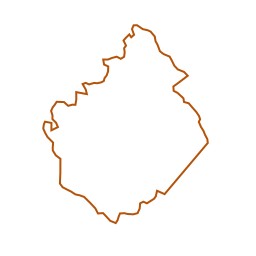 the district of São José das Palmeiras, Paraná, Brazil, rotated 131°
{"feature_id": "56859067B12185724894404", "entity_name": "São José das Palmeiras", "entity_type": "district", "adm_level": 2, "iso_a3": "BRA", "parent_name": "Brazil", "parent_adm1": "Paraná", "projection": "natural_earth1", "projection_center": [-54.124, -24.817], "detail": "fine", "context": "isolated", "style": "outline", "palette": "amber", "viewbox_px": 256, "rotation_deg": 131, "n_neighbors": 0, "source": "geoboundaries", "source_scale": "gbopen_adm2", "svg_char_len": 1523}
<svg xmlns="http://www.w3.org/2000/svg" viewBox="0 0 256 256"><g transform="rotate(131 128 128)"><path d="M184.0,191.6L186.1,187.1L187.6,182.9L188.2,174.9L192.1,172.0L194.3,170.0L196.0,164.5L195.6,158.8L206.5,149.4L214.6,142.9L215.6,138.5L214.5,133.8L213.3,129.2L212.6,124.1L210.4,120.1L208.8,115.9L209.3,107.7L210.1,99.9L212.2,94.6L208.6,91.0L209.1,85.7L209.7,80.5L207.8,74.9L204.3,75.4L201.0,76.9L197.8,78.0L194.7,74.9L193.1,71.8L189.7,67.4L186.0,64.9L181.2,66.3L176.9,69.4L173.6,68.1L172.4,64.3L164.3,61.9L161.3,62.2L156.3,64.9L153.9,57.0L86.9,58.0L84.3,60.9L82.5,65.6L80.7,69.0L79.3,73.7L76.9,78.6L74.1,79.3L72.4,82.2L71.1,86.9L70.3,93.0L69.5,98.4L71.6,102.8L69.2,105.7L69.0,113.7L70.0,117.9L66.9,121.0L62.3,119.9L49.4,117.2L48.9,122.5L51.1,128.8L50.6,133.9L48.5,138.8L46.8,143.4L48.9,149.8L49.1,154.3L45.9,160.1L44.4,164.2L41.4,167.8L40.4,174.2L41.4,177.5L43.7,181.7L44.5,188.6L46.8,191.1L50.7,189.9L53.7,184.6L57.4,185.1L56.5,188.4L61.5,188.8L64.9,188.8L67.2,183.5L70.3,183.3L73.1,180.1L76.8,177.7L80.5,178.8L81.6,183.3L85.4,185.9L89.4,188.0L92.6,191.6L95.8,187.7L94.5,183.3L98.3,180.2L102.4,178.6L105.8,178.4L108.4,177.1L111.2,178.2L114.4,180.6L116.4,183.3L120.6,185.9L121.7,189.5L124.6,191.1L126.7,185.1L129.4,181.3L133.2,187.7L134.9,190.6L140.3,185.8L145.0,182.9L146.9,185.3L150.5,187.7L150.4,193.3L155.0,199.0L158.7,198.5L161.8,198.4L165.6,197.2L168.0,193.3L170.9,190.8L171.2,185.8L173.3,181.5L180.0,184.3L174.4,189.1L177.7,194.8L180.6,193.8L184.0,191.6Z" fill="none" stroke="#b45309" stroke-width="2"/></g></svg>